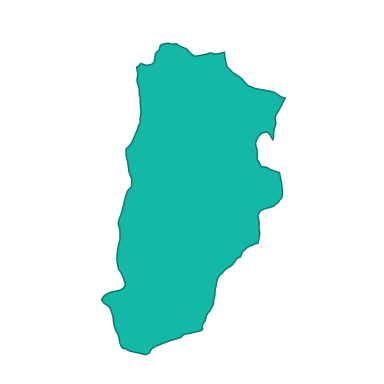 Qabala District, Qəbələ, Azerbaijan, rotated 349°
{"feature_id": "54616110B33746839775993", "entity_name": "Qabala District", "entity_type": "district", "adm_level": 2, "iso_a3": "AZE", "parent_name": "Azerbaijan", "parent_adm1": "Qəbələ", "projection": "orthographic", "projection_center": [47.798, 40.94], "detail": "fine", "context": "isolated", "style": "filled", "palette": "teal", "viewbox_px": 384, "rotation_deg": 349, "n_neighbors": 0, "source": "geoboundaries", "source_scale": "gbopen_adm2", "svg_char_len": 2642}
<svg xmlns="http://www.w3.org/2000/svg" viewBox="0 0 384 384"><g transform="rotate(349 192 192)"><path d="M205.0,43.4L203.9,43.3L200.7,43.3L198.3,42.0L196.3,41.4L193.9,41.1L191.4,41.4L189.8,41.6L188.5,42.8L187.6,45.1L186.8,46.4L185.1,47.1L184.0,48.1L182.7,49.0L182.1,50.3L181.8,51.7L180.9,53.4L180.7,54.8L180.3,55.9L178.8,57.7L177.9,58.7L173.7,59.1L171.2,58.9L168.5,57.4L166.4,56.0L163.4,58.4L162.5,58.6L161.5,58.9L161.2,66.3L159.4,71.4L159.2,74.8L159.8,78.8L159.5,83.4L158.8,86.3L159.1,90.5L158.1,94.7L157.6,100.4L157.0,105.1L154.8,110.6L154.4,114.1L151.8,117.3L150.2,120.6L148.7,122.7L146.3,126.3L144.7,128.7L142.3,132.3L138.7,135.2L135.4,137.1L134.7,140.7L134.3,144.7L134.6,150.2L134.0,160.4L135.4,168.3L133.5,175.9L132.7,175.9L129.0,178.6L126.4,183.0L124.2,187.5L122.5,191.5L119.2,198.2L118.8,199.1L115.2,205.1L113.5,209.0L114.0,215.7L112.3,224.6L109.4,230.9L106.7,238.4L105.2,244.8L105.1,253.6L105.5,254.3L106.9,257.3L108.2,262.5L108.6,266.1L108.9,269.8L108.4,271.4L105.6,273.7L101.9,274.7L99.5,274.8L96.8,274.8L94.2,274.8L89.6,275.6L85.5,277.4L82.7,280.3L83.2,281.6L83.8,282.9L84.6,284.8L87.1,286.9L89.4,290.1L90.2,294.8L90.7,299.2L90.2,304.6L90.1,308.4L90.6,312.9L92.1,317.6L92.6,322.6L92.3,326.2L93.0,329.8L94.1,332.2L97.0,333.2L100.0,335.9L103.4,337.5L108.5,339.7L111.5,341.1L115.5,342.9L118.3,342.2L119.3,342.0L122.3,338.3L127.5,336.3L129.3,336.1L133.1,335.3L138.2,334.4L143.1,333.5L147.2,333.4L153.3,332.6L156.4,330.5L159.5,330.2L164.2,330.4L168.2,330.0L173.0,330.0L173.4,329.9L176.0,329.1L176.7,324.6L178.0,323.2L180.6,320.4L181.7,317.8L182.8,315.7L184.7,313.6L187.0,312.1L188.7,309.9L190.9,307.5L192.0,305.2L192.2,303.2L194.2,299.1L195.4,295.2L196.1,292.1L198.3,287.6L198.9,285.2L200.6,281.8L203.5,278.8L206.4,277.2L210.2,274.2L214.0,272.9L217.5,271.4L221.5,267.9L223.2,265.8L227.4,264.8L229.7,260.7L231.2,259.7L234.7,257.5L238.3,256.0L241.3,255.7L243.4,254.9L246.9,254.9L248.5,251.3L250.6,246.0L250.9,240.2L252.2,234.1L252.3,227.4L255.1,223.9L258.6,222.6L269.1,221.6L274.0,218.9L279.0,214.8L280.6,210.5L281.6,201.4L281.6,195.5L281.5,189.7L273.3,185.0L269.9,182.0L264.7,180.2L263.9,177.0L262.2,172.1L263.3,167.6L263.9,162.2L263.4,157.6L264.8,154.1L266.6,151.7L269.0,149.2L272.1,147.4L277.4,147.4L279.5,150.8L280.4,154.0L281.4,156.1L282.5,153.8L283.6,148.5L284.9,145.6L287.6,140.6L287.5,135.6L289.2,132.2L292.5,128.7L296.0,124.5L298.6,121.1L301.3,117.7L297.6,115.7L291.3,109.4L283.9,106.4L273.8,102.5L266.9,97.9L262.2,89.9L254.6,82.2L250.3,75.9L249.8,67.5L250.5,61.0L247.4,61.1L242.3,61.4L236.5,59.0L230.4,59.5L221.2,59.5L217.5,56.4L214.3,50.9L206.8,45.7L205.0,43.4Z" fill="#14b8a6" stroke="#0f766e" stroke-width="1.5"/></g></svg>